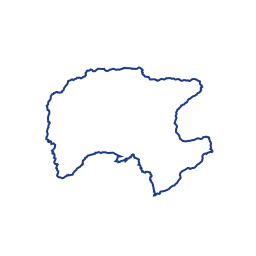 outline of El Tambo, Nariño, Colombia, rotated 232°
{"feature_id": "7082276B27137373904269", "entity_name": "El Tambo", "entity_type": "district", "adm_level": 2, "iso_a3": "COL", "parent_name": "Colombia", "parent_adm1": "Nariño", "projection": "natural_earth1", "projection_center": [-77.398, 1.43], "detail": "fine", "context": "isolated", "style": "outline", "palette": "blue", "viewbox_px": 256, "rotation_deg": 232, "n_neighbors": 0, "source": "geoboundaries", "source_scale": "gbopen_adm2", "svg_char_len": 5858}
<svg xmlns="http://www.w3.org/2000/svg" viewBox="0 0 256 256"><g transform="rotate(232 128 128)"><path d="M179.3,67.3L178.9,67.0L178.1,66.0L177.5,65.8L177.1,64.5L174.9,61.8L172.7,61.1L171.3,59.2L171.0,58.1L169.6,56.8L169.3,56.8L168.2,57.7L167.3,57.9L166.8,56.8L165.9,56.7L165.5,57.2L165.5,58.4L165.2,58.9L164.7,59.1L164.4,58.7L162.5,57.8L161.8,59.8L159.5,60.2L157.6,58.2L156.9,55.9L156.9,54.1L155.0,54.2L154.8,53.0L154.4,52.7L153.3,53.7L152.9,53.9L151.2,53.0L150.2,51.3L148.5,52.1L147.6,51.0L146.9,49.3L146.4,48.8L145.7,48.5L144.4,48.5L143.6,49.2L143.0,50.2L142.5,50.2L142.2,49.0L140.6,46.7L139.7,47.0L138.4,46.2L137.6,46.4L136.8,46.4L135.5,45.0L134.4,43.0L133.7,42.7L132.0,43.0L130.5,44.5L129.2,45.0L128.7,45.4L128.3,46.6L128.4,48.8L127.9,50.1L128.3,50.6L127.7,51.4L127.8,52.1L126.9,52.4L126.4,53.8L125.4,55.3L125.5,56.0L126.3,57.4L126.7,59.5L126.8,61.7L127.4,62.5L127.4,64.1L127.1,65.1L127.0,66.4L127.3,68.2L127.1,69.1L127.1,69.9L127.3,70.1L127.8,69.9L128.2,70.8L129.9,72.2L129.9,72.9L130.1,73.1L130.0,74.7L130.4,75.6L130.9,75.9L130.4,77.3L130.7,77.7L130.6,78.4L131.0,79.1L131.0,79.5L130.1,81.0L129.8,82.3L128.7,84.3L128.5,85.4L128.0,86.1L128.1,86.6L128.6,87.1L127.5,88.4L127.1,90.1L125.4,91.1L125.0,91.1L124.4,93.3L123.5,94.2L123.1,95.0L121.2,96.3L120.0,97.5L119.5,98.6L118.6,99.6L118.2,100.5L117.5,101.1L112.1,103.5L110.3,104.6L110.9,103.5L111.7,102.8L111.7,102.3L110.4,100.8L109.6,99.0L109.4,97.8L107.6,99.7L107.0,99.3L106.3,101.1L106.2,102.2L105.2,104.4L104.9,105.8L103.5,105.4L103.6,106.0L103.4,106.7L103.5,107.2L105.0,107.6L104.8,108.3L103.9,109.1L103.5,109.8L103.8,110.9L103.5,111.5L103.8,111.5L103.9,112.2L103.4,113.1L104.4,114.3L104.3,115.4L103.9,115.9L103.4,116.1L102.8,115.5L102.3,115.5L101.4,115.0L101.1,115.2L100.4,114.9L99.1,115.9L98.6,116.0L98.0,116.6L96.3,117.1L94.8,115.6L94.1,115.7L93.6,115.1L92.9,114.9L92.6,113.7L91.8,114.4L91.0,114.6L90.0,114.2L88.7,113.0L88.3,113.1L88.3,113.9L87.9,113.9L87.9,113.5L86.9,112.9L85.8,112.7L85.3,113.0L84.8,112.5L84.6,112.9L83.3,113.2L82.3,114.0L82.5,114.9L82.0,115.5L81.8,116.1L80.8,117.1L80.0,117.3L79.6,117.9L78.3,117.8L77.5,117.1L77.1,117.4L76.0,117.4L75.3,116.5L75.5,115.2L74.5,114.4L74.2,113.9L73.5,113.6L72.7,113.9L72.4,113.3L71.8,113.1L70.4,113.3L68.0,112.8L67.5,112.2L66.7,112.2L66.1,111.7L64.3,110.9L63.7,110.3L62.7,110.1L61.9,109.2L61.2,109.5L60.0,108.9L59.6,109.0L59.0,108.1L59.1,107.2L58.8,106.9L58.2,108.1L58.4,110.8L57.0,111.8L56.7,112.4L56.9,113.0L57.7,113.8L57.8,114.6L56.2,117.2L55.1,120.6L54.7,123.1L55.0,123.6L55.1,125.8L54.9,127.6L54.2,129.1L54.3,130.0L54.6,130.8L54.5,132.6L55.8,136.5L56.1,138.3L57.0,139.2L58.0,139.7L58.9,139.9L59.6,140.5L60.3,141.6L60.6,143.6L59.8,148.3L59.7,150.5L59.0,151.4L57.9,151.4L57.5,151.7L56.9,154.0L56.1,155.1L55.8,156.0L55.9,157.9L56.4,159.5L56.1,162.2L56.4,166.0L58.2,168.2L59.7,169.0L60.5,170.2L60.7,171.1L60.7,172.1L60.3,173.3L59.2,173.8L59.5,174.8L59.4,175.7L58.8,177.0L58.5,178.4L57.4,179.2L57.4,180.0L57.9,180.4L59.6,180.5L60.7,180.1L60.9,181.1L63.6,182.4L63.7,182.9L64.1,183.1L64.5,183.8L66.0,184.4L67.1,184.3L67.8,184.8L69.7,185.2L70.1,185.9L71.0,185.9L71.7,185.3L72.0,184.8L72.3,184.8L72.5,184.5L73.1,184.3L73.3,183.5L74.5,181.5L74.0,180.4L74.4,178.7L74.8,178.2L75.7,177.8L76.8,176.7L77.4,175.1L78.0,172.4L79.1,170.8L79.6,169.1L80.7,167.6L81.9,165.3L83.1,164.0L83.7,163.8L84.1,163.1L86.5,162.7L87.6,162.3L90.5,163.7L91.6,163.8L95.2,163.3L97.5,165.2L98.7,167.3L99.1,167.6L100.8,167.9L103.0,167.6L105.2,170.8L105.9,172.2L106.5,172.6L107.9,172.8L108.3,173.2L109.1,174.8L110.7,175.6L111.2,177.2L112.1,178.3L111.8,179.6L112.3,181.3L112.2,182.2L113.0,184.0L112.4,184.8L112.6,185.6L112.0,186.8L112.5,188.8L112.1,189.3L112.0,190.2L112.3,191.0L113.2,192.5L113.4,193.4L112.9,194.9L113.0,198.5L112.2,200.7L112.3,201.9L112.0,202.9L112.6,204.2L112.1,205.8L112.3,206.9L112.1,207.4L112.3,208.0L112.9,208.4L112.9,209.1L114.0,209.4L114.5,209.8L114.6,211.4L115.2,211.1L115.3,211.6L116.0,212.2L117.0,211.9L118.6,211.9L120.2,213.2L120.6,213.3L122.4,212.2L123.8,211.9L126.0,210.2L126.9,208.7L127.0,205.6L127.9,204.9L128.2,204.9L129.0,203.9L129.2,203.3L130.2,202.8L131.4,201.5L131.7,200.3L132.2,199.3L133.6,198.5L134.8,198.5L136.2,196.9L136.9,195.3L137.6,194.8L138.5,194.7L139.3,193.9L139.8,192.8L141.0,192.3L142.5,190.5L143.0,189.4L143.7,188.8L143.6,187.4L144.0,186.3L146.1,184.6L146.3,184.0L146.6,181.4L147.0,180.5L147.4,180.1L148.1,180.2L148.5,179.5L149.2,179.5L150.0,179.0L152.6,175.3L155.5,175.6L157.9,173.1L158.7,173.0L159.6,173.2L160.9,172.6L162.0,172.8L162.4,173.6L163.1,173.3L164.0,173.6L164.2,173.9L164.1,174.8L164.9,175.3L165.3,175.4L165.7,175.0L167.7,174.6L168.8,174.1L169.1,173.4L169.1,171.8L169.7,170.6L170.1,170.3L170.6,169.4L171.1,169.1L171.7,168.4L172.0,167.7L172.5,167.6L174.0,166.2L176.7,163.0L177.4,162.6L177.5,161.6L178.1,161.1L178.0,160.7L178.1,159.8L178.6,159.2L179.1,157.2L180.1,156.5L181.0,154.5L183.2,153.3L183.9,152.6L184.6,150.4L185.2,149.6L185.2,148.0L185.8,146.7L186.3,146.1L187.7,145.5L189.3,145.6L190.6,143.6L192.4,141.8L193.2,140.7L193.1,136.9L194.3,135.4L195.7,135.5L197.1,134.6L197.0,133.2L197.5,132.0L198.2,131.5L198.3,130.7L197.5,129.2L197.4,128.3L195.5,127.4L195.4,126.4L195.1,125.6L195.9,123.9L195.7,123.1L196.1,121.5L196.4,121.2L196.9,121.2L197.6,120.8L198.1,119.7L199.0,118.9L198.8,118.2L198.8,117.2L199.3,116.5L199.3,114.9L199.4,114.4L200.8,113.9L201.1,111.6L201.6,110.6L201.8,109.6L200.6,108.3L200.1,107.4L199.7,105.8L199.8,105.1L199.5,104.8L198.8,102.3L197.7,100.8L197.5,100.2L197.6,98.7L196.9,97.8L198.0,95.7L198.7,95.2L199.1,94.6L199.9,94.4L200.4,93.9L200.5,92.7L201.3,91.1L200.7,90.1L201.3,89.1L200.6,86.8L198.7,85.1L197.9,83.2L197.8,81.5L195.7,79.4L195.6,77.7L194.6,77.1L194.1,77.3L191.9,75.7L191.6,75.8L190.9,76.5L190.5,76.5L190.1,76.1L189.5,76.1L189.1,75.9L187.5,74.6L187.2,73.6L185.7,71.7L184.7,70.7L183.4,70.0L182.0,68.9L181.1,69.7L180.2,69.5L179.3,67.3Z" fill="none" stroke="#1e3a8a" stroke-width="2"/></g></svg>